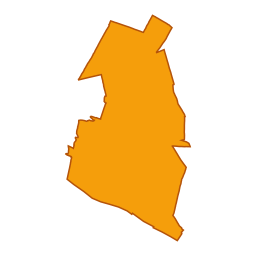 Vrata, Mehedinti, Romania
{"feature_id": "2599482B32137491350776", "entity_name": "Vrata", "entity_type": "district", "adm_level": 2, "iso_a3": "ROU", "parent_name": "Romania", "parent_adm1": "Mehedinti", "projection": "albers", "projection_center": [22.837, 44.188], "detail": "fine", "context": "isolated", "style": "filled", "palette": "amber", "viewbox_px": 256, "rotation_deg": 0, "n_neighbors": 0, "source": "geoboundaries", "source_scale": "gbopen_adm2", "svg_char_len": 5601}
<svg xmlns="http://www.w3.org/2000/svg" viewBox="0 0 256 256"><path d="M190.2,146.7L190.1,146.3L188.9,143.4L188.5,143.1L186.5,141.9L181.6,140.3L183.4,139.8L184.0,139.6L184.3,139.5L184.4,139.3L184.5,135.5L184.4,133.3L184.3,133.0L184.3,132.5L184.3,131.1L184.4,129.0L184.4,126.4L184.4,125.6L184.4,125.2L184.5,122.0L184.6,121.1L184.6,119.7L184.6,118.8L184.6,117.7L184.5,116.8L185.1,116.6L185.0,116.4L184.5,114.6L184.3,114.2L182.5,111.3L182.3,110.8L181.8,109.9L180.9,108.5L180.3,107.5L179.0,105.5L178.9,105.3L178.6,104.9L178.1,104.1L177.7,102.8L177.5,101.7L177.4,101.1L176.8,99.0L176.6,98.4L174.9,95.0L174.4,93.7L173.7,92.4L173.6,92.0L173.4,90.7L173.2,89.3L172.9,85.3L172.9,85.0L173.1,84.8L173.8,84.6L174.0,84.4L174.0,84.1L173.9,83.7L171.3,74.6L170.6,71.9L170.4,71.5L170.3,71.1L169.3,68.1L168.6,65.5L167.9,62.9L167.3,61.0L166.3,57.4L164.6,51.6L164.1,49.6L156.7,52.6L156.5,52.1L160.1,47.4L162.7,43.4L164.4,41.2L165.9,39.0L166.3,38.3L167.0,36.7L168.2,34.5L170.3,30.6L172.0,27.7L168.9,24.8L168.6,24.6L167.5,24.3L167.2,23.8L167.1,23.7L162.5,21.1L160.3,19.8L157.5,18.1L156.8,17.8L155.7,17.1L155.2,16.7L154.7,16.6L153.9,16.1L152.5,15.4L151.3,17.7L150.9,18.3L150.4,19.4L149.7,20.4L149.2,21.5L148.9,21.9L148.8,22.0L148.7,22.6L148.4,23.1L148.0,23.9L147.5,24.6L146.8,25.7L146.3,26.8L146.0,27.4L145.8,28.2L145.7,28.3L144.6,30.0L144.4,30.5L143.8,31.5L143.4,32.4L143.2,32.4L141.1,31.6L140.4,31.3L137.8,30.4L137.3,30.2L134.6,29.3L133.2,28.7L129.3,27.2L124.8,25.7L115.8,22.6L115.2,22.5L113.0,21.7L110.7,20.9L110.2,21.9L109.5,23.8L108.9,24.8L109.1,25.0L109.1,25.6L108.8,26.2L108.7,26.5L108.5,26.8L107.4,28.5L107.1,29.1L106.7,29.6L105.6,31.5L105.3,32.2L104.6,33.3L104.4,33.6L103.9,34.7L103.6,35.2L102.4,37.3L102.1,38.0L101.6,38.7L101.1,39.6L98.0,45.4L97.8,46.0L96.6,48.0L96.5,48.4L96.2,48.8L95.1,50.8L95.0,51.1L94.5,52.3L94.1,52.9L93.5,53.8L93.2,54.1L93.2,54.3L93.0,54.7L92.9,55.2L92.5,55.8L92.0,56.8L91.2,58.3L90.1,59.8L89.4,61.1L89.2,61.3L88.9,61.8L88.5,62.5L88.1,62.9L87.9,63.2L87.6,63.6L87.4,64.1L87.0,64.7L86.9,65.2L86.2,66.1L86.1,66.5L85.7,67.2L85.5,67.6L84.5,69.1L84.2,69.7L84.1,70.3L83.3,71.6L83.3,71.8L83.1,72.1L82.8,72.4L82.2,73.3L82.1,73.5L81.6,74.1L81.2,75.1L80.5,76.4L80.2,76.8L79.2,78.6L78.8,79.0L78.5,79.3L78.7,79.9L88.6,77.5L97.3,75.5L101.2,74.6L101.3,74.6L101.4,75.1L101.6,76.1L101.8,77.2L102.7,80.6L102.9,82.2L103.5,84.2L103.7,86.2L104.2,88.1L104.3,88.7L105.1,91.5L105.4,92.9L105.8,94.2L106.0,95.5L106.1,96.0L105.9,96.2L105.1,96.1L105.0,96.3L104.8,96.6L104.4,97.7L104.3,98.7L104.3,99.2L104.2,101.3L104.2,101.5L104.7,101.9L104.8,102.2L105.0,102.5L105.6,102.8L105.8,102.9L106.0,103.0L105.9,103.4L105.5,104.0L105.1,105.1L104.9,105.8L104.2,107.7L101.1,117.0L100.5,118.8L100.6,119.0L100.4,119.1L97.2,118.1L96.7,117.7L96.3,117.8L95.6,117.7L95.3,117.7L93.4,117.0L91.6,116.4L90.8,116.4L90.4,116.8L90.4,117.0L90.6,117.4L92.2,118.8L92.8,119.5L93.5,120.0L94.1,120.1L94.4,120.2L94.2,120.5L93.8,120.8L93.3,121.0L92.9,121.1L90.7,120.7L89.3,120.1L89.0,120.2L88.5,120.6L87.5,120.7L87.0,121.2L86.8,121.3L86.3,121.2L84.5,120.6L82.3,120.2L80.2,120.1L79.6,120.3L79.1,120.3L78.8,120.4L78.7,121.7L78.7,122.0L78.7,122.7L78.7,123.1L78.5,123.6L78.3,124.6L78.2,124.9L78.0,125.7L77.8,126.6L77.6,127.0L77.6,127.5L77.7,127.9L77.6,128.2L77.5,128.3L77.3,129.0L77.0,129.9L76.8,130.9L76.7,131.3L76.7,131.8L76.7,132.4L76.7,132.6L76.6,133.0L76.6,133.5L76.7,133.8L77.0,134.2L77.3,134.8L77.4,135.2L77.6,135.6L77.8,135.9L78.0,136.5L78.1,136.9L78.0,137.5L77.9,137.5L76.9,137.5L75.8,137.3L75.6,137.3L75.4,137.5L75.4,138.1L75.6,138.8L75.9,139.2L76.1,139.4L76.2,139.8L76.1,140.1L75.8,140.6L75.6,140.9L75.5,141.3L75.0,141.8L74.7,142.0L74.3,142.6L74.2,143.1L74.1,143.5L73.9,144.3L74.0,144.7L74.2,144.9L74.1,145.5L73.9,145.6L73.9,145.9L73.8,146.6L73.6,147.3L73.6,147.5L73.3,148.0L73.3,148.3L72.0,147.6L71.1,147.2L69.4,146.4L68.3,145.9L68.3,146.6L68.4,147.0L68.7,148.7L68.7,149.4L68.5,151.0L68.5,152.4L68.4,152.8L68.0,153.5L67.9,153.6L67.1,153.6L66.3,153.6L66.0,153.7L65.9,153.8L65.8,154.0L66.2,154.3L66.9,154.8L67.0,154.9L67.2,155.1L67.4,155.1L67.7,155.2L68.0,155.3L68.1,155.2L68.4,155.3L69.0,155.8L69.3,155.7L70.6,156.3L70.4,156.4L70.4,156.5L70.8,156.9L71.0,156.9L71.6,157.4L71.5,158.3L71.0,159.9L70.9,160.4L70.9,160.7L70.8,161.8L70.6,162.3L70.4,163.9L69.7,167.3L69.4,168.8L69.2,169.6L67.1,179.2L73.8,184.5L83.8,191.5L92.2,198.2L100.7,201.8L109.6,204.3L118.5,207.0L127.1,210.9L131.8,214.3L132.5,213.3L143.6,221.4L153.7,226.7L153.2,227.7L161.9,231.9L170.0,236.3L177.3,240.6L181.6,234.1L181.5,233.8L181.8,233.5L181.8,233.2L181.4,232.3L181.4,232.1L182.2,231.4L182.5,231.1L183.4,230.1L182.0,229.0L181.7,228.8L181.7,228.1L181.6,227.8L179.8,226.3L179.2,225.6L178.4,224.2L178.2,223.8L177.6,222.9L176.7,221.3L175.9,219.9L175.2,218.7L173.7,216.5L172.9,215.5L173.9,213.1L174.9,208.9L175.0,208.6L175.0,208.2L175.1,207.9L175.1,207.6L175.3,207.0L175.5,206.3L175.6,205.5L175.7,205.0L176.4,202.5L176.5,201.8L176.6,201.4L176.9,200.0L177.2,198.7L177.3,198.3L177.4,198.0L177.5,197.2L177.7,196.3L178.1,194.8L178.4,193.6L178.7,192.7L178.7,192.4L178.8,192.0L179.1,191.2L179.2,190.5L179.4,189.7L179.4,189.1L179.5,188.9L179.6,188.5L179.8,187.4L179.9,186.8L180.3,185.4L180.6,184.6L180.9,183.7L181.0,183.1L181.1,182.7L181.1,182.4L181.1,182.0L181.4,181.0L181.6,179.9L181.7,179.2L181.8,178.9L182.4,178.0L183.2,176.0L183.5,175.2L183.6,174.8L184.5,173.0L185.0,171.4L185.2,170.6L185.6,169.6L185.8,168.5L186.2,167.4L186.1,167.2L180.9,160.1L178.2,155.7L177.4,154.3L175.8,151.7L173.2,147.4L172.3,146.1L172.5,146.0L173.1,146.0L176.4,146.2L177.1,146.3L179.0,146.5L181.1,146.5L183.1,146.6L184.1,146.7L186.2,146.6L190.2,146.7Z" fill="#f59e0b" stroke="#b45309" stroke-width="1.5"/></svg>